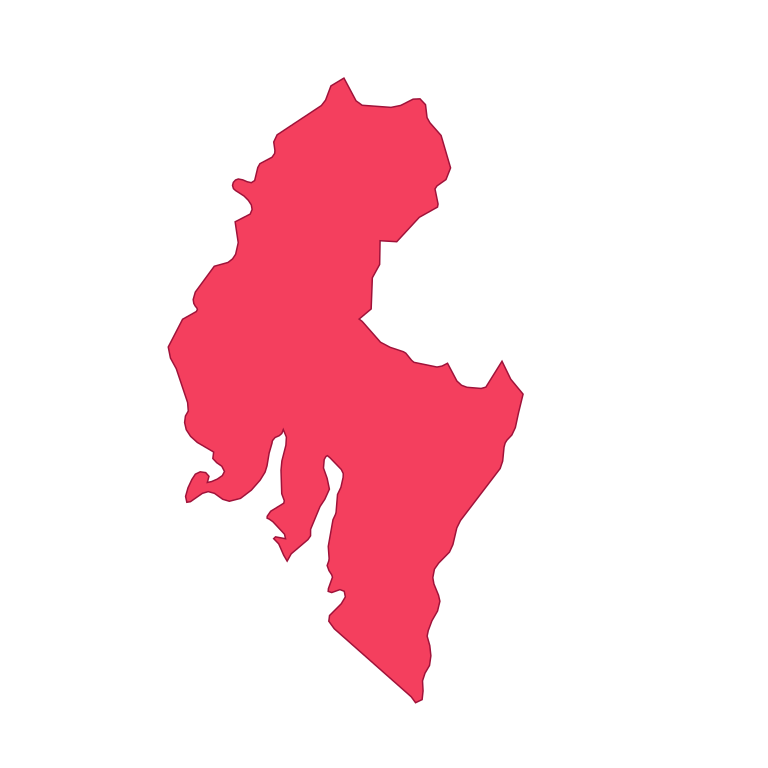 map outline of Pontevedra (Natural Earth projection), rotated 316°
{"feature_id": "ESP-5840", "entity_name": "Pontevedra", "entity_type": "Autonomous Community", "adm_level": 1, "iso_a3": "ESP", "parent_name": "Spain", "parent_adm1": "", "projection": "natural_earth1", "projection_center": [-8.552, 42.371], "detail": "fine", "context": "isolated", "style": "filled", "palette": "rose", "viewbox_px": 768, "rotation_deg": 316, "n_neighbors": 0, "source": "natural_earth", "source_scale": "10m", "svg_char_len": 2763}
<svg xmlns="http://www.w3.org/2000/svg" viewBox="0 0 768 768"><g transform="rotate(316 384 384)"><path d="M460.7,498.2L448.2,506.6L440.5,509.5L433.4,509.8L430.2,510.6L426.5,512.8L415.8,521.9L408.8,525.5L344.2,535.3L336.4,538.1L322.0,547.4L314.3,550.4L299.0,550.8L291.7,552.2L284.6,557.2L281.0,562.5L276.5,573.8L273.3,579.1L264.8,584.5L254.0,587.6L244.6,592.1L239.9,595.3L235.2,604.0L228.9,612.1L221.2,618.1L212.6,620.5L205.5,624.3L198.9,631.9L192.2,637.5L185.3,635.2L186.3,627.9L178.2,525.5L179.5,516.3L184.0,512.7L200.6,512.4L208.3,510.3L211.4,505.5L209.5,501.3L201.5,497.7L199.8,494.4L201.8,492.6L212.7,487.2L213.8,485.0L214.8,480.0L217.0,475.1L221.4,472.9L223.3,471.4L231.1,462.1L253.0,446.2L258.5,444.1L260.4,443.0L273.8,431.2L281.2,428.4L289.7,422.8L292.5,420.1L293.9,415.8L293.9,399.7L293.5,396.2L291.9,395.8L288.5,396.8L282.1,402.4L277.6,412.3L271.7,421.7L261.4,425.8L252.9,427.7L230.3,437.5L225.7,442.2L221.2,443.1L199.3,441.7L191.3,444.1L192.9,437.5L197.2,425.9L197.2,418.6L199.8,418.6L205.7,426.9L208.1,422.9L208.4,405.9L207.6,401.6L206.7,399.3L208.1,398.0L214.1,396.8L229.1,400.1L231.2,398.7L234.2,391.9L250.0,374.5L257.1,368.4L270.9,359.9L276.9,354.4L279.9,346.8L276.1,348.6L272.7,348.4L268.5,346.8L264.9,347.2L263.6,347.7L262.6,348.6L253.4,353.9L243.0,361.6L237.2,364.8L228.1,367.1L214.9,368.2L201.3,366.6L191.3,360.9L187.9,354.9L186.1,344.9L182.8,339.3L177.4,336.5L163.0,334.2L160.0,332.1L163.2,327.0L170.9,322.5L179.5,319.2L185.7,317.8L190.8,319.5L194.2,323.9L194.0,328.8L188.5,332.1L192.2,334.4L198.0,336.6L204.1,337.6L208.5,336.1L210.2,330.5L209.0,324.4L209.1,318.7L214.2,314.6L209.1,296.3L208.5,287.3L210.0,279.5L213.8,273.2L218.9,269.1L224.4,267.5L229.8,261.0L245.2,228.7L248.4,217.0L254.5,207.5L284.1,197.5L299.4,201.5L301.6,200.7L302.2,199.2L302.3,197.1L303.1,194.0L305.4,190.7L312.1,186.8L343.7,181.4L356.2,188.2L362.0,188.8L367.4,187.6L377.3,181.1L389.6,163.9L405.8,168.8L410.4,166.8L413.0,162.9L414.0,157.6L413.9,151.5L411.6,141.7L411.4,138.9L413.0,135.9L415.7,134.3L418.9,134.1L421.6,135.3L424.2,139.0L426.1,143.5L428.4,147.0L432.3,147.8L443.6,140.6L447.9,139.3L461.0,143.1L465.5,142.2L467.7,140.3L472.8,133.3L480.2,130.5L532.4,140.2L539.2,139.2L552.9,132.7L567.7,136.1L560.6,160.9L561.9,168.3L581.2,189.9L589.5,195.2L602.8,199.3L608.0,203.9L607.9,211.9L600.0,222.3L598.5,227.9L597.7,244.9L582.0,274.8L570.6,280.0L559.7,278.3L556.2,279.1L547.9,292.1L545.4,293.9L525.2,288.6L492.0,290.5L480.7,278.2L463.9,295.0L449.4,299.5L426.9,321.1L411.2,320.0L411.8,323.8L410.5,351.5L413.9,361.9L420.4,374.3L421.1,377.0L420.3,386.2L420.6,389.2L433.9,408.6L438.2,411.4L444.1,413.2L438.5,432.5L438.9,438.8L441.4,444.0L450.8,454.7L455.1,457.0L484.7,449.6L478.5,468.6L477.0,487.9L460.7,498.2Z" fill="#f43f5e" stroke="#9f1239" stroke-width="1.5"/></g></svg>